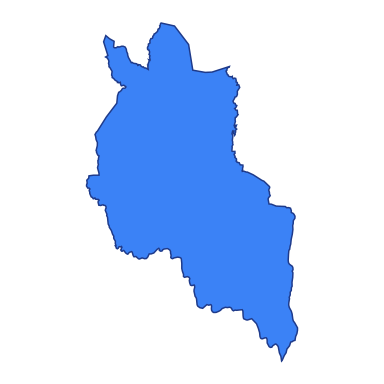 Namarroi, Zambezia, Mozambique (Equal Earth projection)
{"feature_id": "85939544B64189871111735", "entity_name": "Namarroi", "entity_type": "district", "adm_level": 2, "iso_a3": "MOZ", "parent_name": "Mozambique", "parent_adm1": "Zambezia", "projection": "equal_earth", "projection_center": [36.824, -15.87], "detail": "fine", "context": "isolated", "style": "filled", "palette": "blue", "viewbox_px": 384, "rotation_deg": 0, "n_neighbors": 0, "source": "geoboundaries", "source_scale": "gbopen_adm2", "svg_char_len": 5939}
<svg xmlns="http://www.w3.org/2000/svg" viewBox="0 0 384 384"><path d="M105.8,35.6L103.6,41.8L107.9,55.6L105.6,57.0L107.4,58.1L108.6,60.2L108.9,61.7L108.5,63.3L109.0,65.0L109.0,66.8L109.8,67.4L112.1,71.4L111.6,75.1L112.2,76.2L112.2,77.6L113.5,78.3L115.1,80.2L117.8,81.8L117.5,82.5L119.0,82.8L120.3,82.3L120.7,84.7L121.4,85.8L123.8,85.2L125.0,86.2L125.7,86.4L125.9,87.0L125.4,87.8L124.7,88.2L123.1,88.2L122.1,89.0L121.4,90.4L119.5,92.0L118.7,92.3L117.5,95.8L116.8,103.2L106.4,116.9L97.4,131.2L96.4,132.1L95.0,134.5L95.7,136.8L96.1,139.6L97.4,142.5L97.3,145.7L96.1,150.5L96.6,151.2L96.4,151.9L97.3,154.2L98.1,155.5L99.0,155.9L98.4,158.8L98.5,159.6L97.9,160.4L98.0,163.2L98.4,164.3L97.5,167.7L99.0,173.2L99.0,175.2L93.5,175.2L89.0,175.8L88.7,178.2L86.8,180.2L87.2,183.1L87.1,183.8L86.7,184.1L86.5,186.0L87.8,188.1L88.9,188.0L89.9,189.0L89.3,189.9L89.2,190.7L89.7,191.9L89.8,193.6L91.2,196.9L92.5,197.5L93.2,198.7L93.9,198.7L94.9,198.0L95.6,199.2L98.4,199.4L98.8,199.7L99.0,200.4L98.2,201.2L98.1,202.4L98.8,205.2L100.8,205.5L102.2,204.9L103.5,204.9L103.8,205.3L105.1,205.5L105.9,206.3L106.1,208.1L105.6,208.9L105.3,210.4L106.9,214.2L106.7,215.7L107.5,217.2L108.2,224.1L109.2,226.0L109.3,227.3L111.4,230.6L112.6,234.3L113.8,236.2L113.7,237.7L113.9,238.7L115.4,241.2L115.3,243.5L115.8,245.0L115.3,245.6L115.9,245.8L115.7,246.7L116.3,247.5L116.4,248.3L117.3,248.8L118.3,248.2L119.0,246.8L120.0,246.6L121.3,247.1L121.6,246.7L121.9,247.4L121.4,248.0L121.3,249.4L120.7,249.9L121.5,251.1L122.3,251.2L123.3,250.5L123.8,250.5L125.7,253.0L127.3,254.1L127.9,254.1L129.3,252.4L131.5,251.6L132.2,252.2L133.2,255.6L134.0,256.8L135.9,256.5L138.5,258.8L139.5,259.0L142.1,257.9L144.6,258.7L146.4,258.5L147.7,257.1L149.2,253.9L151.2,253.9L153.8,253.0L157.2,249.3L158.8,248.3L159.6,249.4L159.3,250.1L159.4,250.5L160.7,251.2L161.9,251.0L162.4,250.6L162.6,249.8L164.2,249.0L167.3,248.6L168.2,248.9L169.8,250.0L170.5,251.4L170.6,253.4L171.1,255.1L170.8,257.5L171.4,258.3L172.6,258.7L174.1,257.9L177.8,257.1L180.1,257.6L180.7,257.9L181.3,258.8L181.8,263.4L181.8,268.5L182.4,271.2L183.5,274.3L183.5,276.5L184.5,277.3L187.4,276.6L189.0,277.3L189.8,278.5L189.3,280.4L189.7,282.9L190.5,285.1L191.8,285.6L194.1,285.0L194.5,285.5L194.7,287.3L194.1,289.6L194.0,291.2L195.1,296.3L196.0,297.5L196.5,298.8L197.1,304.8L197.8,306.2L199.9,307.7L202.7,308.3L206.9,304.6L208.8,305.2L210.7,304.6L211.3,305.1L211.6,306.1L211.4,308.6L211.6,310.3L212.5,311.8L213.8,312.5L216.1,312.4L218.8,311.3L220.5,310.3L222.1,308.6L225.3,307.3L227.6,307.6L229.3,307.2L230.7,307.6L231.5,308.4L232.3,310.0L233.4,310.8L235.1,310.1L236.4,310.3L242.2,309.7L242.9,311.0L243.1,315.8L243.4,318.0L243.8,318.8L246.3,319.9L247.5,320.0L251.7,318.7L256.5,323.7L258.3,328.2L259.6,332.7L260.0,336.5L260.6,338.1L261.4,338.7L262.5,338.8L265.0,337.8L266.4,337.9L267.1,339.4L267.2,343.0L269.1,346.6L270.3,347.4L271.8,347.2L272.8,345.7L275.4,344.0L276.2,344.2L277.6,345.6L278.3,346.9L279.4,352.9L280.9,356.3L281.6,361.0L282.1,360.5L284.3,355.5L286.1,352.7L286.9,349.1L289.5,345.8L290.7,342.1L292.6,341.5L293.3,340.8L295.0,340.4L295.6,336.6L296.9,333.6L297.5,330.3L297.5,327.8L294.7,322.8L293.3,320.9L292.8,319.1L292.1,313.9L291.3,311.2L289.3,307.5L288.7,305.1L288.8,302.8L289.5,298.7L289.2,297.3L290.2,295.0L290.2,292.2L291.3,290.4L291.4,287.6L292.1,286.3L292.0,282.2L292.7,277.6L292.9,272.8L292.2,271.1L293.0,269.8L292.9,267.8L292.3,266.3L289.4,264.2L288.5,262.7L288.2,260.5L288.5,254.3L288.8,251.0L289.0,250.1L289.6,249.5L290.1,246.2L290.7,244.2L291.2,239.3L292.3,234.2L292.9,229.4L292.7,225.6L293.2,223.6L293.3,221.2L293.4,220.5L294.9,218.3L295.0,216.2L294.0,214.3L293.2,213.4L291.3,212.5L291.3,210.6L290.5,208.2L288.7,207.6L286.7,207.7L285.2,206.5L276.2,206.1L271.4,204.2L269.0,204.0L268.1,199.1L268.5,197.8L270.2,195.7L269.5,193.9L269.4,192.2L268.7,190.0L269.7,187.6L269.5,186.6L263.9,181.2L261.8,180.3L253.2,174.8L247.4,172.1L246.4,172.1L243.6,171.1L242.3,171.4L242.1,170.4L242.6,169.8L242.6,167.9L243.0,166.9L242.9,165.1L240.2,164.8L239.2,162.7L237.1,162.3L236.5,160.9L236.2,160.9L236.5,159.7L236.4,158.8L234.8,157.3L235.1,156.5L234.1,154.5L234.1,154.2L235.0,153.4L234.9,151.4L232.5,151.4L232.1,151.3L231.9,150.6L232.2,147.1L232.0,146.3L233.0,144.6L232.6,143.6L232.7,142.0L232.3,140.4L232.9,135.8L232.0,133.8L232.6,131.1L233.0,130.7L233.6,131.4L233.5,133.1L233.7,133.7L234.5,134.3L234.7,135.2L235.2,134.4L235.0,133.7L235.7,131.8L235.1,130.8L236.7,129.1L235.4,128.1L235.8,127.0L235.2,127.5L234.7,127.3L234.9,125.9L235.6,125.3L234.2,125.5L235.4,121.4L235.1,120.1L235.3,117.5L236.1,117.2L238.1,114.6L237.6,114.0L237.3,110.3L236.3,110.3L235.6,109.8L235.3,108.9L234.7,108.6L236.2,107.0L236.8,105.5L235.5,104.9L235.2,103.5L233.7,103.0L233.0,101.1L234.6,98.3L234.8,97.2L236.0,96.8L236.8,96.0L237.4,94.3L237.3,91.2L239.7,87.5L238.8,84.9L237.8,84.6L237.3,85.2L236.8,85.2L237.5,83.2L237.2,82.4L236.1,82.0L236.2,80.4L235.7,78.4L234.2,78.1L233.2,78.7L232.3,77.4L232.3,76.4L231.5,76.8L229.2,76.5L228.4,75.9L228.1,74.9L227.4,74.6L226.0,71.1L226.9,70.3L227.0,69.0L227.9,67.5L229.1,67.3L229.4,66.5L212.0,72.1L205.2,72.4L192.8,70.2L188.6,44.5L174.5,26.0L161.1,23.0L160.5,23.7L160.2,25.3L159.7,25.8L160.1,26.4L159.2,28.7L158.3,28.9L157.8,30.0L157.8,30.8L157.2,31.7L155.2,33.5L154.1,34.0L153.7,35.4L152.8,36.3L152.8,37.5L152.4,38.3L150.9,38.6L149.9,40.7L150.0,43.0L148.4,44.1L148.4,45.8L147.6,47.1L147.4,48.1L147.7,48.5L147.6,49.3L148.4,50.1L149.0,50.1L149.6,51.9L149.4,53.5L149.0,54.4L149.9,55.5L149.8,56.5L149.5,57.0L150.1,59.7L150.0,60.3L148.8,59.8L149.3,60.7L148.1,63.9L148.1,64.7L147.6,65.0L148.1,65.9L147.8,66.6L148.2,69.4L145.8,68.0L144.3,67.9L143.4,66.9L142.8,67.1L141.2,66.3L140.3,64.9L138.5,64.6L138.4,65.2L137.8,65.4L137.5,64.5L136.4,63.7L133.5,63.3L132.1,62.4L131.3,62.7L128.4,57.4L127.6,54.8L127.7,54.0L126.6,51.4L126.3,49.2L125.2,47.1L123.4,46.3L121.8,46.2L119.0,47.1L117.9,46.7L116.0,47.8L114.3,47.7L113.7,47.1L113.6,46.5L114.1,41.3L109.5,38.7L105.8,35.6Z" fill="#3b82f6" stroke="#1e3a8a" stroke-width="1.5"/></svg>